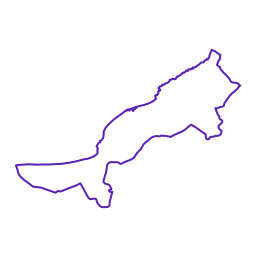 the district of Aceh Selatan, Aceh, Indonesia, rotated 91°
{"feature_id": "22746128B12428400263117", "entity_name": "Aceh Selatan", "entity_type": "district", "adm_level": 2, "iso_a3": "IDN", "parent_name": "Indonesia", "parent_adm1": "Aceh", "projection": "albers", "projection_center": [97.405, 3.07], "detail": "fine", "context": "isolated", "style": "outline", "palette": "violet", "viewbox_px": 256, "rotation_deg": 91, "n_neighbors": 0, "source": "geoboundaries", "source_scale": "gbopen_adm2", "svg_char_len": 5663}
<svg xmlns="http://www.w3.org/2000/svg" viewBox="0 0 256 256"><g transform="rotate(91 128 128)"><path d="M48.7,44.9L48.4,45.7L53.4,47.6L53.6,47.6L54.4,47.9L55.1,47.9L56.0,48.2L57.1,48.8L57.3,49.1L57.2,49.4L57.3,49.8L57.8,49.6L58.2,49.7L58.5,51.1L59.0,52.1L59.6,52.7L60.5,53.2L61.0,53.6L61.2,54.8L61.2,55.7L61.3,56.0L61.6,56.2L62.3,57.2L63.0,57.8L64.5,59.8L64.9,60.3L65.8,61.3L65.9,61.9L66.4,63.0L66.8,63.5L66.8,63.8L66.4,64.0L66.4,64.4L66.5,64.5L67.1,64.3L67.4,64.2L67.7,64.4L67.6,65.2L67.8,66.1L68.5,66.5L68.6,67.0L68.2,67.7L68.2,68.2L68.4,68.7L69.3,69.2L69.9,69.2L70.0,69.5L69.7,69.9L69.8,70.3L69.7,70.7L69.8,70.7L69.8,71.0L70.3,71.4L70.6,71.4L70.9,71.8L71.2,72.1L71.4,72.4L71.3,72.8L71.6,72.9L71.7,73.0L72.2,73.6L72.1,74.0L72.2,74.3L72.1,74.5L72.9,75.0L73.5,75.8L74.3,77.0L74.7,77.4L75.2,78.3L75.2,78.5L75.7,78.9L75.7,79.5L75.9,79.7L76.1,79.9L76.8,79.6L76.3,79.8L76.2,80.2L77.0,80.5L77.3,80.9L77.7,80.9L78.3,81.5L78.4,82.5L78.1,83.2L78.2,84.7L78.2,84.9L79.0,85.6L79.0,86.6L79.4,87.2L80.2,87.3L81.3,88.0L82.0,89.0L83.0,91.7L84.2,92.8L84.3,93.2L84.1,94.1L84.2,94.6L85.4,95.1L85.7,95.6L85.7,96.6L86.2,97.0L86.5,97.5L87.0,97.7L87.3,98.1L87.7,98.1L88.0,97.9L88.1,97.4L89.1,97.2L89.3,97.0L89.3,96.5L89.7,96.4L90.3,97.0L90.4,97.9L91.2,98.5L91.6,98.5L92.1,98.2L92.7,98.2L93.2,98.4L93.9,99.2L94.7,99.4L94.7,99.6L94.5,99.9L94.5,100.3L94.8,101.1L95.0,101.3L96.1,101.3L96.4,101.2L97.1,100.7L97.7,100.8L98.4,100.6L99.7,102.1L100.6,103.2L101.5,104.7L101.7,104.8L101.7,105.2L102.0,105.5L102.2,106.3L102.6,106.9L103.0,107.9L103.6,108.9L103.8,110.1L104.4,111.3L105.1,114.2L105.5,115.1L105.4,115.5L105.7,116.1L106.2,118.1L107.2,120.7L107.4,121.0L107.7,120.9L107.7,120.4L107.9,120.2L108.2,120.7L109.2,121.7L109.7,123.0L110.7,123.1L110.9,123.2L110.8,123.4L109.7,123.3L109.0,123.8L109.0,123.3L109.3,122.6L109.1,122.1L108.7,121.9L108.3,122.0L108.2,122.3L108.2,122.5L108.6,122.6L108.9,122.9L108.5,122.9L107.9,122.6L107.7,122.0L107.4,121.8L109.0,126.0L109.9,125.9L110.5,126.7L110.5,127.2L110.4,127.3L109.8,127.3L109.4,127.1L109.4,127.4L109.6,127.9L110.2,128.7L110.3,129.3L110.7,129.6L110.8,129.8L110.6,130.1L110.7,130.5L113.6,134.2L119.0,141.4L122.8,145.6L126.9,149.4L128.1,150.4L131.8,152.2L134.4,152.2L137.5,152.5L138.3,152.7L140.3,153.9L141.2,155.0L141.3,155.6L142.0,155.6L142.3,155.4L142.6,155.6L142.8,155.8L142.8,156.1L144.1,157.7L145.5,158.3L146.1,158.6L146.1,158.8L147.0,159.0L147.5,158.9L148.5,158.0L149.1,157.8L149.6,157.8L150.8,158.3L151.2,158.3L152.9,157.9L153.5,158.0L154.0,158.2L155.7,159.8L155.6,159.5L157.6,163.0L158.7,165.7L159.4,167.7L160.1,171.5L162.5,180.3L163.5,185.3L163.9,186.8L164.1,188.9L164.8,192.5L165.1,195.2L165.9,207.2L166.0,214.3L166.2,216.7L166.2,218.6L166.0,226.4L166.3,229.9L166.7,235.5L167.0,238.0L167.4,239.3L168.4,239.0L171.2,237.9L174.7,237.0L176.1,236.3L178.0,235.1L179.1,234.1L181.5,231.3L185.3,225.9L188.3,221.9L189.1,214.1L191.5,206.7L193.9,199.5L193.9,199.3L192.1,196.7L192.7,194.4L192.6,194.1L189.4,186.5L186.5,179.3L185.6,177.3L185.0,176.3L184.3,174.6L188.1,172.3L196.2,167.8L197.9,166.8L199.1,165.5L199.7,164.8L199.7,162.6L199.3,161.7L199.2,161.1L199.3,159.3L199.4,159.0L199.7,158.8L200.5,158.3L202.2,157.8L204.0,156.9L205.8,155.3L206.5,154.8L207.0,154.1L207.5,152.6L207.6,151.7L207.5,148.9L207.3,147.0L206.9,146.2L206.2,145.2L204.6,145.2L201.6,144.9L193.3,142.8L192.3,142.5L192.1,142.7L192.3,143.1L192.4,143.6L192.0,145.1L190.8,146.0L190.6,146.0L190.3,145.6L189.9,144.0L189.7,143.7L189.2,143.6L188.6,143.8L186.0,145.2L185.2,145.9L184.8,146.6L184.6,148.0L184.2,149.3L183.7,150.3L182.4,151.5L181.7,151.6L180.4,151.4L178.7,150.8L175.7,150.1L172.5,149.1L169.9,148.7L165.8,148.2L164.9,147.9L163.9,147.3L163.5,146.9L162.6,145.3L162.3,143.9L162.5,140.6L162.4,140.1L162.4,138.3L162.6,137.1L163.7,135.7L163.9,135.3L164.0,134.7L163.8,134.1L162.4,131.4L160.7,127.4L160.2,125.9L159.4,124.3L158.6,122.9L157.3,121.4L156.7,120.9L155.7,120.4L154.5,119.5L152.9,118.6L151.5,117.2L148.9,114.9L146.1,113.2L144.8,112.6L143.7,111.9L142.3,110.4L140.4,107.9L138.6,106.1L136.8,103.8L136.3,102.8L135.6,99.8L135.5,98.9L135.8,97.4L135.7,96.2L135.6,95.8L135.2,95.3L135.0,94.5L135.2,92.8L135.1,92.3L135.3,91.0L135.3,89.9L135.9,86.5L136.1,84.9L135.2,83.8L133.3,79.9L130.3,73.4L128.0,70.1L126.0,68.0L123.7,65.0L123.7,64.6L126.3,60.1L130.8,53.6L132.6,50.6L133.2,50.2L134.3,50.2L137.0,49.8L137.4,49.5L137.8,48.7L137.9,47.6L137.6,46.9L136.3,46.1L135.9,45.8L135.4,44.7L135.2,43.6L135.2,42.4L135.1,41.9L134.3,40.4L134.3,38.1L133.9,37.0L133.5,36.3L133.1,35.7L132.2,35.1L131.0,34.6L129.2,34.4L129.0,34.5L128.5,35.4L127.8,36.2L127.2,36.8L125.7,37.5L124.7,37.6L124.1,37.3L122.7,35.8L122.1,35.3L120.8,34.1L120.4,34.0L119.4,33.9L118.9,34.1L118.6,34.4L117.4,36.2L117.1,36.5L116.7,36.7L114.8,37.0L114.6,37.1L113.5,38.0L112.6,38.6L107.9,40.6L106.8,40.8L106.7,40.8L106.7,39.7L106.5,38.7L105.5,36.1L105.0,34.2L104.5,33.1L104.3,32.8L103.6,32.4L101.6,32.1L98.5,29.9L94.3,27.1L91.6,24.7L89.8,22.4L87.3,19.8L84.8,17.8L83.5,16.7L83.1,17.7L81.6,18.6L81.0,21.3L80.5,24.9L80.2,25.5L80.0,25.8L79.3,26.3L78.0,26.9L77.1,27.5L75.9,28.5L73.5,30.7L71.5,32.9L68.4,35.8L67.0,36.8L66.4,37.0L65.5,37.0L65.1,38.1L63.9,39.7L63.3,40.1L62.5,40.0L61.6,39.4L60.5,39.2L58.4,38.1L57.7,37.4L56.7,37.1L55.5,37.2L53.4,36.9L53.1,37.4L53.0,38.0L52.7,38.2L52.2,38.6L51.8,39.2L51.5,40.1L50.8,40.8L50.0,41.9L49.7,42.7L49.1,43.5L48.8,44.7L48.8,44.9L48.7,44.9ZM110.4,127.1L110.4,126.7L109.7,126.1L109.3,126.1L109.1,126.3L109.3,127.0L110.2,127.3L110.4,127.1ZM110.3,130.0L110.4,129.8L110.3,129.5L110.0,129.1L109.4,127.9L109.2,127.7L109.9,129.6L110.1,130.0L110.3,130.0ZM108.4,121.3L108.2,121.2L107.9,121.2L107.6,121.3L107.9,121.6L108.1,121.4L108.3,121.5L108.4,121.3Z" fill="none" stroke="#5b21b6" stroke-width="2"/></g></svg>